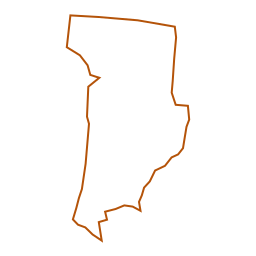 the district of Araricá, Rio Grande do Sul, Brazil
{"feature_id": "56859067B79934571610065", "entity_name": "Araricá", "entity_type": "district", "adm_level": 2, "iso_a3": "BRA", "parent_name": "Brazil", "parent_adm1": "Rio Grande do Sul", "projection": "orthographic", "projection_center": [-50.935, -29.642], "detail": "fine", "context": "isolated", "style": "outline", "palette": "amber", "viewbox_px": 256, "rotation_deg": 0, "n_neighbors": 0, "source": "geoboundaries", "source_scale": "gbopen_adm2", "svg_char_len": 656}
<svg xmlns="http://www.w3.org/2000/svg" viewBox="0 0 256 256"><path d="M98.6,17.0L70.4,15.4L66.8,47.2L79.9,55.3L87.6,65.3L90.3,74.9L99.3,77.8L88.3,86.7L87.0,116.7L89.0,123.8L85.6,163.9L81.9,189.1L78.9,198.1L76.3,208.1L72.9,219.4L78.0,224.7L85.3,227.4L92.6,234.5L101.7,240.6L98.8,222.1L107.0,219.7L105.1,211.7L115.6,209.0L124.3,205.4L132.7,206.6L140.5,210.8L139.0,201.9L141.8,195.4L144.1,187.6L149.8,181.4L155.1,170.5L165.0,165.8L171.6,157.4L178.1,154.4L183.0,148.2L184.5,138.9L186.5,126.8L189.2,119.6L187.9,105.8L175.7,104.8L171.7,92.7L172.7,81.1L174.2,58.6L176.1,37.4L174.8,26.7L137.7,20.3L98.6,17.0Z" fill="none" stroke="#b45309" stroke-width="2"/></svg>